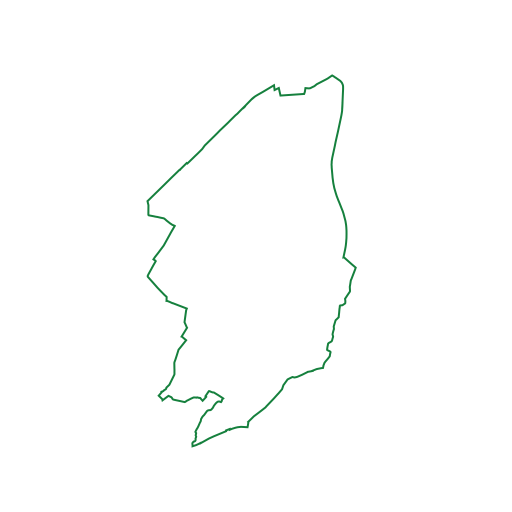 outline of Bērzes pag., Dobele, Latvia, rotated 126°
{"feature_id": "27541924B54193972681718", "entity_name": "Bērzes pag.", "entity_type": "district", "adm_level": 2, "iso_a3": "LVA", "parent_name": "Latvia", "parent_adm1": "Dobele", "projection": "robinson", "projection_center": [23.414, 56.655], "detail": "fine", "context": "isolated", "style": "outline", "palette": "green", "viewbox_px": 512, "rotation_deg": 126, "n_neighbors": 0, "source": "geoboundaries", "source_scale": "gbopen_adm2", "svg_char_len": 5919}
<svg xmlns="http://www.w3.org/2000/svg" viewBox="0 0 512 512"><g transform="rotate(126 256 256)"><path d="M275.5,375.8L276.5,374.8L277.4,373.7L278.1,372.9L285.8,367.4L286.1,367.0L286.1,366.6L283.7,361.5L283.7,361.4L282.8,359.5L282.5,359.0L281.1,355.7L279.7,352.7L279.7,350.9L279.9,349.4L280.1,344.2L280.0,343.5L280.0,342.5L280.0,341.9L279.8,341.1L279.7,341.0L279.7,340.6L279.5,339.9L279.4,339.8L279.4,339.4L287.5,338.6L288.0,338.5L301.8,336.8L308.6,336.9L310.1,336.9L316.0,337.1L316.9,337.1L319.0,337.0L318.9,334.8L319.1,334.1L321.7,333.8L323.7,333.6L326.0,333.3L326.3,333.3L326.9,333.2L327.5,333.1L329.9,332.8L333.8,332.3L335.5,332.0L335.9,331.8L336.2,331.6L336.4,331.3L339.6,316.9L340.0,314.7L340.1,314.2L341.3,307.3L341.6,304.3L341.7,304.2L344.9,302.0L344.6,301.7L344.1,299.7L343.9,299.0L343.3,295.9L343.1,295.7L339.2,281.1L341.0,280.6L349.4,276.1L351.6,274.9L352.5,273.3L354.5,269.9L354.6,269.6L364.9,268.8L364.8,268.5L365.2,263.0L374.3,263.4L377.3,263.6L383.2,261.6L387.5,260.2L389.4,259.7L390.2,259.4L390.7,259.1L395.6,255.4L395.8,255.2L398.2,253.5L399.4,252.6L399.8,252.4L400.1,252.3L402.4,251.9L411.1,250.4L414.4,251.0L415.0,251.1L415.3,251.1L416.1,250.7L416.4,250.7L416.9,250.7L417.4,250.9L418.3,251.4L419.8,251.6L420.0,251.7L421.3,252.6L421.4,252.4L421.5,252.2L426.2,252.6L426.9,247.7L427.7,246.8L420.6,244.6L420.1,242.0L420.0,241.5L420.1,241.2L420.1,240.9L420.7,239.5L420.8,239.2L420.8,238.7L420.7,238.4L420.0,236.7L417.6,231.3L416.3,228.3L416.2,228.0L416.0,227.9L415.9,227.7L415.6,227.6L415.4,227.4L413.8,226.9L413.4,226.7L412.5,226.2L409.7,224.8L407.4,223.5L407.0,223.2L406.7,222.7L406.3,222.2L405.8,221.3L405.7,221.0L405.4,220.7L405.2,220.7L404.8,220.2L404.3,218.7L403.9,218.2L403.8,217.5L403.7,217.4L403.9,216.9L404.5,214.1L402.2,213.8L399.2,213.5L399.0,214.1L399.0,214.5L393.3,214.7L393.1,214.7L392.9,214.6L392.5,213.6L392.5,213.3L391.9,211.0L391.2,209.9L390.8,205.0L390.5,199.6L390.5,199.0L390.5,198.8L391.0,198.9L391.7,199.0L392.2,198.9L392.6,198.9L393.2,198.6L393.8,198.4L394.2,198.4L394.5,198.4L394.6,198.5L394.8,198.5L395.0,199.2L395.2,200.0L395.4,200.3L395.5,200.5L396.1,201.1L396.4,201.3L396.7,201.4L397.2,201.6L398.2,201.8L398.7,201.9L400.5,202.0L400.9,202.0L402.1,202.0L402.8,201.9L403.8,201.7L404.5,201.7L405.6,201.8L406.6,201.9L407.3,202.2L407.6,202.4L408.1,203.1L408.6,203.6L409.2,204.1L409.7,204.3L410.3,204.5L411.1,204.5L412.8,204.5L413.7,204.5L414.0,204.5L415.1,204.5L416.3,204.7L416.8,204.8L418.3,204.8L418.9,204.7L420.1,204.6L420.5,204.4L421.0,204.2L421.7,203.8L422.3,203.6L422.7,203.5L423.0,203.5L423.8,203.4L427.0,202.7L427.9,202.5L428.6,202.4L430.0,202.2L430.9,202.2L431.5,202.1L433.2,201.8L433.8,201.7L434.0,201.5L434.2,201.2L434.4,200.8L434.4,200.4L434.8,200.1L435.2,199.9L436.4,199.5L436.7,199.2L437.2,198.3L437.5,198.1L438.6,197.8L439.2,197.6L439.6,197.3L440.2,196.8L440.6,196.6L440.9,196.5L441.5,196.5L442.2,196.8L442.8,197.2L442.8,197.3L443.3,197.4L443.7,197.5L444.2,197.5L444.6,197.5L444.9,197.4L445.4,197.0L446.9,195.7L447.2,195.5L444.2,193.3L441.7,191.9L439.9,191.0L440.1,190.8L432.9,187.5L431.0,186.6L428.2,185.0L426.6,184.1L415.3,177.2L414.7,177.7L411.4,175.6L412.0,175.1L409.7,173.7L406.9,171.6L405.3,170.2L404.3,169.1L403.2,167.9L402.5,166.9L402.1,166.3L399.5,162.2L397.4,163.2L394.7,164.6L394.7,164.8L390.1,164.0L387.0,163.5L381.1,161.7L379.4,161.2L377.7,160.7L372.8,159.3L372.0,159.3L360.8,157.8L356.0,157.3L355.0,157.2L354.8,157.2L354.6,157.1L348.5,156.6L344.4,157.9L339.1,157.9L337.3,157.9L335.3,156.9L332.5,155.4L331.7,153.5L330.3,152.2L329.4,151.5L325.0,148.9L319.6,146.1L319.4,146.1L317.0,143.8L315.9,142.8L315.8,143.0L311.9,140.5L311.1,139.8L309.7,138.5L309.5,138.3L308.5,137.4L307.2,136.0L305.4,136.8L305.1,137.0L302.2,137.8L300.7,137.8L297.1,137.5L294.5,137.4L294.1,137.4L293.8,137.4L293.2,137.7L291.6,138.5L290.1,139.1L289.8,139.4L289.8,139.7L289.7,140.3L290.0,141.7L290.1,142.2L290.2,143.1L290.1,143.3L289.9,143.5L288.6,144.2L287.0,145.0L285.8,145.5L285.5,145.7L284.7,146.1L284.4,146.1L283.9,146.1L283.3,145.9L281.9,145.2L280.9,144.8L280.6,144.7L280.3,144.7L279.4,144.9L277.9,145.5L276.2,146.1L275.7,146.4L274.6,147.8L274.4,148.0L273.6,148.4L271.9,149.1L269.7,149.9L269.3,150.0L267.3,151.7L261.6,153.7L261.2,153.8L260.8,153.8L260.1,153.6L257.0,153.1L253.2,155.3L249.7,157.4L248.1,158.2L247.2,158.8L246.5,158.8L245.1,157.2L244.9,157.1L242.2,156.1L241.7,156.1L240.7,156.7L240.5,156.8L239.4,157.7L238.3,158.8L233.4,159.0L230.4,159.1L229.7,159.1L229.2,159.3L228.9,159.5L225.8,162.0L223.6,163.1L220.1,164.9L219.4,165.1L218.7,165.2L208.6,167.9L206.8,168.5L206.6,171.0L206.4,173.8L205.4,184.0L205.8,184.4L198.4,187.7L196.1,188.8L194.4,189.7L191.8,191.2L188.4,193.3L185.4,195.4L182.8,197.3L181.9,198.0L179.7,199.8L178.0,201.3L176.5,202.8L175.4,203.9L174.7,204.7L170.3,210.1L168.7,212.3L167.9,213.6L163.7,220.2L162.5,222.2L160.1,225.9L158.1,228.6L155.0,232.6L151.6,236.3L147.6,240.1L140.0,246.7L138.7,247.7L137.8,248.5L136.2,249.5L134.9,250.4L131.6,252.1L120.9,256.8L116.8,258.7L107.0,262.9L94.2,268.6L91.8,269.7L89.4,270.9L87.9,271.7L87.0,272.3L84.6,273.8L83.7,274.4L83.8,274.4L82.1,275.5L81.2,276.1L80.8,276.4L80.7,276.4L80.0,276.9L69.7,283.7L68.2,284.8L67.3,285.5L66.5,286.4L65.5,288.1L65.2,288.9L64.8,290.7L64.9,295.3L64.9,296.2L65.0,297.1L65.0,298.2L65.0,298.7L65.1,299.7L65.2,300.2L65.2,300.5L65.7,300.7L70.2,302.3L71.5,302.9L71.7,303.0L78.5,306.4L81.3,307.8L83.9,308.5L85.1,309.0L85.7,309.4L88.3,310.7L89.3,311.7L91.1,314.7L94.2,313.1L95.0,312.8L96.6,312.3L111.8,330.5L106.7,336.3L110.8,338.5L107.3,341.8L119.2,346.9L124.7,349.4L127.3,350.5L130.1,351.2L130.0,351.3L131.2,351.6L135.4,352.2L141.5,353.1L141.6,352.8L143.4,353.1L143.3,353.4L148.2,354.2L151.8,354.7L154.2,355.3L161.5,356.5L164.3,356.9L175.1,358.9L175.7,359.0L179.3,359.5L196.7,362.4L201.2,362.4L208.0,363.5L210.7,364.0L218.8,365.4L221.5,365.9L221.5,366.7L230.5,368.2L230.9,368.1L231.2,368.5L242.7,370.5L252.5,372.1L275.4,376.0L275.5,375.8Z" fill="none" stroke="#15803d" stroke-width="2"/></g></svg>